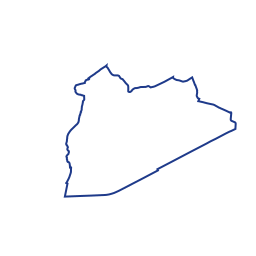 Zaanstad, Noord-Holland, Netherlands (Natural Earth projection), rotated 323°
{"feature_id": "6326949B52425900686836", "entity_name": "Zaanstad", "entity_type": "district", "adm_level": 2, "iso_a3": "NLD", "parent_name": "Netherlands", "parent_adm1": "Noord-Holland", "projection": "natural_earth1", "projection_center": [4.764, 52.469], "detail": "fine", "context": "isolated", "style": "outline", "palette": "blue", "viewbox_px": 256, "rotation_deg": 323, "n_neighbors": 0, "source": "geoboundaries", "source_scale": "gbopen_adm2", "svg_char_len": 5164}
<svg xmlns="http://www.w3.org/2000/svg" viewBox="0 0 256 256"><g transform="rotate(323 128 128)"><path d="M141.3,64.7L140.4,64.8L139.9,64.8L139.4,64.9L135.5,64.7L135.2,64.7L134.9,64.7L134.7,64.8L134.0,64.8L133.4,64.8L132.9,64.7L130.3,64.6L129.3,64.5L128.8,64.5L126.3,64.5L126.3,64.9L126.3,65.2L126.4,65.5L126.2,65.6L125.9,65.5L125.6,65.5L124.7,65.0L124.0,64.7L123.4,64.6L122.9,64.5L122.7,64.6L122.2,65.0L121.2,65.4L121.0,65.6L120.7,65.8L120.6,66.0L118.2,65.0L117.3,64.5L116.2,64.1L115.3,63.7L114.8,63.6L114.5,63.5L113.6,63.1L112.3,62.6L112.2,62.6L111.8,62.7L111.7,62.8L110.9,63.2L109.5,64.0L109.4,64.1L109.1,64.6L108.9,65.5L108.9,66.0L108.8,66.3L108.2,67.0L107.9,67.3L107.8,67.8L107.8,68.6L107.8,68.9L107.8,69.2L107.9,70.0L108.0,70.2L108.4,71.0L108.6,71.3L108.8,71.5L109.0,71.8L109.8,72.6L110.0,72.7L110.2,72.9L110.3,73.0L110.5,73.7L110.6,73.8L111.0,74.2L111.2,74.3L111.3,74.6L112.3,75.9L110.3,78.8L110.0,79.0L109.6,79.2L108.4,79.4L108.1,79.6L107.7,79.9L107.4,80.4L107.1,80.6L106.8,80.8L106.5,81.2L106.1,81.5L105.8,81.8L105.4,82.1L104.8,82.6L104.3,82.9L103.8,83.4L103.7,83.6L102.9,84.4L102.7,84.6L102.6,84.8L102.1,85.4L101.6,85.8L101.2,86.1L100.4,86.5L100.5,86.6L100.7,86.8L100.9,86.9L100.1,86.9L99.9,86.9L99.6,87.1L99.4,87.4L98.9,87.7L98.2,88.2L97.9,88.5L97.8,88.4L96.7,89.1L96.4,89.3L96.2,89.6L95.1,90.5L94.2,91.3L94.0,91.6L93.6,91.9L93.3,92.3L93.2,92.5L92.8,92.8L92.1,93.3L91.8,93.6L91.6,93.7L89.7,94.3L88.1,94.4L82.8,95.1L81.8,95.2L81.0,95.4L80.8,95.4L79.0,95.9L78.3,96.2L77.1,96.6L76.8,96.7L75.7,97.4L75.1,97.7L74.8,98.0L74.4,98.3L74.0,98.7L73.7,99.0L73.4,99.5L72.7,100.1L72.4,100.4L72.2,100.6L72.0,100.9L71.7,101.2L71.2,101.8L69.1,103.4L69.0,103.5L68.9,103.8L68.8,104.2L68.7,104.7L68.9,105.2L68.8,105.6L68.6,106.0L68.6,106.3L68.6,106.7L68.4,107.2L68.3,107.3L68.2,107.4L67.8,107.5L67.7,107.6L67.2,108.0L66.8,108.4L66.7,108.5L66.5,109.5L66.5,109.8L66.7,110.2L66.8,110.5L66.7,110.9L66.7,111.1L66.4,111.4L66.2,111.8L65.2,112.5L64.7,112.9L64.4,112.9L63.9,113.0L63.4,113.0L63.1,113.1L62.9,113.2L62.2,113.4L61.9,113.5L61.5,113.9L61.5,114.0L61.5,114.4L61.4,114.6L61.4,114.9L61.3,115.0L61.2,115.1L60.6,115.8L60.5,116.1L60.3,116.3L60.3,116.5L60.3,116.8L60.0,117.3L59.7,117.6L59.6,117.8L59.5,118.5L59.5,118.9L59.9,119.2L60.0,119.4L60.0,119.5L60.2,120.0L60.1,120.7L60.1,120.9L60.1,121.0L59.9,121.3L59.5,122.1L59.1,122.8L58.9,123.1L58.8,123.4L58.8,123.5L58.6,123.6L58.2,124.2L58.3,124.2L58.7,124.8L58.8,125.1L58.8,125.3L58.4,125.8L57.8,126.4L57.6,126.7L56.9,127.6L56.2,128.5L55.6,129.1L54.4,130.0L53.6,130.5L51.8,131.8L50.9,132.3L49.8,132.9L46.3,134.6L45.6,134.7L45.5,134.8L45.6,135.0L45.8,135.2L45.9,135.6L46.2,136.0L36.3,144.8L51.0,155.0L57.3,159.4L68.5,167.1L70.0,168.1L70.5,168.4L72.0,169.2L73.0,169.7L74.0,170.1L75.5,170.7L77.8,171.5L78.7,171.7L79.5,171.9L82.6,172.6L109.8,177.2L126.4,179.9L126.7,178.6L131.5,179.4L142.3,181.2L164.9,184.9L181.5,187.7L182.2,187.8L184.4,188.1L186.3,188.4L189.4,189.0L191.4,189.4L202.6,191.2L205.3,191.7L206.9,192.0L208.7,192.5L213.2,193.4L216.5,189.5L216.6,189.3L216.8,189.0L216.9,188.7L216.9,188.3L216.9,188.0L216.8,187.8L216.7,187.6L215.3,185.1L215.1,184.8L215.0,184.6L214.9,184.4L214.9,184.0L214.9,183.7L215.0,183.3L215.2,183.0L215.4,182.7L219.4,178.3L219.6,178.0L219.6,177.7L219.7,177.4L219.6,177.2L219.6,176.8L219.6,177.0L219.4,177.0L219.3,176.9L219.0,176.9L219.0,177.0L218.7,177.1L218.4,176.5L216.7,173.2L214.6,169.4L214.0,168.4L213.3,167.0L213.0,166.6L212.7,166.0L212.4,165.2L211.4,163.0L211.0,162.0L210.7,161.4L210.2,160.6L208.0,158.1L205.5,155.2L205.2,154.7L204.8,154.3L203.6,152.7L202.2,151.1L200.8,149.4L200.3,148.9L201.1,148.4L202.5,147.6L201.9,146.5L201.8,146.1L201.8,145.9L201.9,145.1L202.1,144.0L202.3,143.6L202.6,143.2L203.9,142.0L204.6,141.3L205.1,140.5L205.6,139.8L205.8,139.7L206.3,138.4L207.3,135.1L207.6,134.2L207.4,133.9L208.4,130.7L208.6,129.8L209.7,126.2L207.3,126.0L203.8,125.8L203.5,125.7L202.4,125.3L201.7,125.0L200.3,124.3L200.0,124.2L199.7,123.9L199.5,123.7L197.7,121.0L197.2,120.4L196.8,120.0L195.7,118.9L195.5,118.5L195.1,117.8L194.9,117.4L194.3,115.8L194.1,115.2L194.3,114.7L194.6,114.4L192.4,114.1L184.9,113.0L174.6,110.9L173.2,110.4L172.7,110.2L172.2,109.9L170.5,109.2L170.1,108.0L169.8,107.2L169.7,107.0L169.5,106.8L169.3,106.6L168.7,106.4L167.6,106.1L166.8,105.8L162.6,102.8L160.8,102.2L159.9,101.8L158.8,101.2L157.8,100.5L157.3,100.3L156.8,100.2L155.9,100.1L155.0,100.1L154.7,100.1L153.5,100.4L153.4,100.5L152.5,100.6L151.8,100.6L151.5,100.5L151.2,100.4L150.8,100.1L150.7,100.0L150.5,99.7L150.4,99.6L150.3,99.4L150.2,99.1L150.3,98.8L151.0,97.9L152.1,96.5L153.1,95.1L153.2,94.9L153.4,94.5L153.6,94.1L153.6,93.6L153.6,93.4L153.5,92.8L153.3,91.4L153.2,90.6L153.2,90.1L153.2,89.5L153.2,88.4L153.1,87.3L153.1,85.9L153.0,85.6L152.8,85.4L152.5,84.9L152.3,84.6L152.1,84.2L152.0,83.8L152.0,83.4L152.0,83.1L152.1,82.5L152.1,82.0L152.1,81.6L152.1,81.4L152.2,81.1L152.1,80.9L151.9,80.4L151.1,79.5L150.5,79.1L149.0,78.0L148.4,77.4L148.1,76.9L147.8,76.4L147.4,75.3L147.4,75.1L147.4,73.9L147.4,72.6L147.5,71.8L147.7,70.4L147.9,68.0L148.0,67.7L147.9,67.1L147.8,66.8L147.7,66.5L147.8,66.1L147.9,65.8L148.1,65.5L148.5,65.1L147.1,65.2L146.3,65.1L141.3,64.7Z" fill="none" stroke="#1e3a8a" stroke-width="2"/></g></svg>